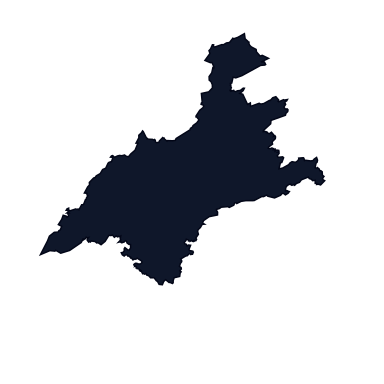 Swinford Lea-4, Mayo, Ireland (Equal Earth projection), rotated 314°
{"feature_id": "5873133B98662462343086", "entity_name": "Swinford Lea-4", "entity_type": "district", "adm_level": 2, "iso_a3": "IRL", "parent_name": "Ireland", "parent_adm1": "Mayo", "projection": "equal_earth", "projection_center": [-8.887, 53.889], "detail": "fine", "context": "isolated", "style": "filled", "palette": "ink", "viewbox_px": 384, "rotation_deg": 314, "n_neighbors": 0, "source": "geoboundaries", "source_scale": "gbopen_adm2", "svg_char_len": 6095}
<svg xmlns="http://www.w3.org/2000/svg" viewBox="0 0 384 384"><g transform="rotate(314 192 192)"><path d="M286.4,279.6L292.3,279.6L291.8,277.8L292.6,276.4L294.9,276.1L294.7,274.1L297.0,271.6L296.8,269.9L296.1,269.1L296.9,267.5L296.7,265.2L295.6,265.1L295.0,263.7L298.9,261.2L300.3,261.3L302.1,260.2L303.4,257.6L300.5,257.0L298.9,257.3L296.9,255.9L293.7,251.6L292.7,251.1L294.0,249.1L294.0,248.3L290.5,245.2L289.9,246.0L287.7,246.4L285.2,245.8L283.3,242.9L280.9,242.3L278.9,242.6L272.0,240.5L269.1,238.4L274.4,235.3L275.6,236.1L280.3,234.1L280.3,232.8L276.8,229.9L277.2,228.2L280.3,227.8L280.9,227.0L280.3,226.2L281.4,226.6L282.2,225.5L281.0,223.8L279.1,223.4L280.6,222.1L279.4,221.4L279.7,221.0L279.2,220.9L279.8,220.5L279.2,218.9L277.6,218.2L276.4,216.6L277.6,215.8L282.4,216.7L283.7,214.8L288.2,214.9L289.7,213.8L290.1,212.6L288.8,212.0L289.8,211.7L290.2,207.6L287.8,207.2L286.8,205.1L287.2,204.7L286.4,204.2L286.9,203.5L285.9,201.9L284.9,201.4L285.7,200.6L295.7,201.2L298.4,199.1L312.1,205.9L313.8,204.9L316.3,205.0L317.8,204.0L317.9,202.7L316.5,201.6L316.9,199.1L320.1,198.5L320.5,197.5L320.0,197.0L321.9,196.3L323.2,196.8L324.8,196.4L322.3,194.6L322.0,193.7L317.2,191.8L317.0,191.0L318.4,190.4L318.8,186.1L315.9,184.6L312.2,184.7L311.8,184.1L305.5,182.2L303.0,180.4L302.5,178.7L294.3,174.7L296.6,172.1L293.6,171.1L297.6,160.6L296.1,157.9L300.4,158.4L303.0,157.6L302.3,156.7L298.6,156.2L296.3,154.3L294.5,153.7L293.8,152.3L294.1,151.4L291.8,150.2L292.2,149.8L291.4,149.4L291.4,148.9L294.4,147.8L294.7,146.7L295.4,146.3L295.4,145.4L296.5,145.0L296.8,144.2L298.0,144.9L303.1,141.8L304.5,144.2L310.4,147.1L330.7,153.4L333.9,156.2L334.9,156.4L335.8,153.9L334.1,152.2L334.1,151.6L341.3,154.2L339.1,147.6L337.1,146.6L337.6,141.0L339.1,139.1L337.6,133.9L337.6,131.6L338.6,129.2L339.2,129.0L338.9,128.7L339.2,127.8L339.1,123.8L342.3,119.7L335.0,117.5L330.9,115.4L331.0,114.6L325.6,115.1L323.1,113.2L319.7,112.3L318.8,111.1L312.0,107.6L311.6,106.3L312.9,105.3L312.1,104.4L307.7,106.0L305.5,106.0L304.1,108.7L295.6,109.9L297.8,115.4L299.0,116.4L297.2,121.1L296.3,121.6L296.0,120.6L291.5,123.4L286.9,124.1L284.4,126.7L284.6,129.1L283.3,132.1L281.0,134.4L275.7,134.5L269.4,130.3L263.4,137.3L262.7,136.9L261.4,137.6L262.3,139.8L262.0,140.8L260.2,141.3L256.2,140.8L249.5,142.1L248.8,142.7L249.2,143.2L248.8,146.9L245.0,147.4L240.5,146.6L239.3,147.2L236.7,146.7L235.4,147.4L219.4,143.4L217.6,144.2L215.5,142.6L211.9,138.6L211.2,138.7L211.0,135.5L211.4,134.2L210.6,133.8L210.7,133.1L206.0,133.1L204.7,133.7L202.7,132.0L202.5,131.2L203.7,129.6L203.8,128.6L202.7,128.3L202.5,127.1L198.9,123.0L199.5,122.7L199.3,121.4L201.6,114.9L201.6,114.0L199.5,114.5L195.9,114.3L194.1,116.1L188.3,117.8L189.6,119.2L182.5,122.0L176.9,121.5L173.1,121.8L171.9,119.5L171.8,117.8L169.3,116.3L168.0,114.5L166.1,113.3L163.2,112.2L163.1,109.6L162.0,109.0L160.5,109.2L161.7,110.6L161.3,111.4L158.0,113.0L155.7,111.7L154.4,111.6L149.2,113.4L146.1,112.1L141.5,113.2L137.1,111.9L135.4,112.3L133.7,111.5L127.6,111.5L125.8,113.4L123.2,113.4L116.5,115.3L118.1,117.3L117.0,118.5L117.0,119.6L114.1,120.3L113.2,121.1L112.4,120.7L107.6,122.7L106.2,121.5L100.7,123.0L100.6,121.8L99.6,121.5L99.0,120.1L93.5,117.2L93.6,115.6L94.7,114.5L93.0,113.8L91.5,114.2L92.6,115.4L92.2,116.6L90.3,116.6L91.1,117.1L91.4,118.2L90.2,117.6L89.4,119.4L88.6,119.9L87.1,119.6L87.3,118.4L85.8,115.5L81.8,117.3L75.7,118.5L76.8,122.1L73.2,123.6L71.8,123.1L70.1,123.5L67.3,120.9L61.2,120.1L56.3,122.1L41.7,126.5L51.1,130.5L54.3,134.5L55.4,134.4L56.8,140.1L65.0,144.6L78.7,147.4L80.6,146.8L82.4,147.2L81.7,146.5L82.7,146.2L84.2,147.7L86.0,147.3L86.5,148.7L87.3,149.2L85.2,149.4L84.5,150.2L84.2,152.5L85.3,152.7L85.4,153.6L86.8,153.6L89.1,156.8L89.1,158.8L90.3,159.7L90.9,163.2L96.1,163.8L103.1,162.3L104.4,164.0L105.8,164.6L105.5,167.6L107.8,168.0L107.9,169.5L109.0,169.8L109.1,170.7L110.9,171.3L108.4,172.9L108.0,174.0L104.8,174.0L106.9,175.3L106.4,175.9L106.7,176.8L109.1,178.0L110.7,177.9L111.1,179.2L110.2,180.7L110.5,183.0L111.5,184.3L109.1,186.7L106.6,187.1L105.8,186.3L105.4,182.4L104.2,182.6L102.6,184.1L101.0,184.4L99.2,183.3L98.4,185.5L98.8,187.7L100.4,187.8L101.8,188.9L101.3,190.3L102.0,190.9L102.1,192.6L102.5,193.0L101.9,193.8L102.5,194.5L102.1,196.7L104.1,197.4L104.6,198.3L106.3,198.5L107.4,204.0L106.2,205.1L104.2,204.8L103.3,204.3L103.5,203.8L102.3,202.8L102.5,202.0L101.4,200.8L99.5,200.5L99.1,201.1L99.3,202.4L98.9,202.5L99.3,202.7L99.2,203.5L98.8,203.6L99.4,203.7L98.6,204.6L99.0,204.9L98.7,205.8L99.5,206.5L99.8,208.5L99.4,208.6L99.7,209.2L99.2,209.0L99.1,209.8L99.8,210.6L98.9,213.3L99.8,214.0L100.0,215.0L101.3,215.4L100.8,217.2L101.7,219.0L101.5,221.8L104.0,224.3L103.4,227.9L103.7,229.5L102.7,232.5L104.7,235.1L108.0,233.8L110.6,233.9L111.0,238.4L111.6,238.8L112.6,241.5L113.6,241.5L115.1,240.1L117.9,238.7L122.7,241.8L125.4,239.8L127.0,239.6L126.8,237.9L129.2,237.8L130.1,236.6L129.7,234.7L132.4,233.3L134.7,233.0L135.5,232.2L135.9,230.4L141.8,232.0L142.7,232.8L145.9,232.9L146.6,234.1L146.2,234.5L147.6,235.6L149.6,234.8L150.0,233.7L148.3,231.0L148.4,229.8L152.7,228.0L151.4,226.3L150.1,226.3L149.6,225.5L150.2,225.2L150.4,223.9L149.7,222.9L150.4,221.4L152.8,221.4L154.1,220.7L155.0,222.8L154.4,223.5L155.6,224.6L155.3,224.9L156.8,225.3L156.8,226.3L157.9,226.8L157.1,227.0L157.5,227.6L159.1,228.0L159.6,228.6L161.1,228.2L161.6,226.7L166.0,226.0L167.5,223.5L169.0,222.6L172.3,222.7L175.8,221.8L177.5,223.3L177.1,221.5L177.4,220.9L179.5,220.2L186.2,221.5L193.2,226.3L195.3,224.4L195.9,222.1L196.5,221.7L199.1,223.2L201.4,223.6L206.4,228.0L206.8,229.5L211.5,231.2L213.8,230.3L215.0,231.2L214.8,232.2L219.5,233.9L223.0,236.6L228.9,242.6L237.1,245.3L238.4,246.7L241.7,247.9L241.6,249.4L245.1,255.5L251.2,258.0L253.6,257.8L254.6,258.9L254.8,261.2L257.9,262.0L259.9,261.7L259.0,260.5L259.3,260.2L258.9,259.3L257.7,258.6L260.1,256.5L261.8,256.0L264.6,256.4L266.3,257.6L265.9,258.3L266.2,259.2L268.4,260.1L267.9,261.0L268.4,261.2L270.7,261.2L273.6,262.6L276.7,262.2L283.6,265.3L283.1,267.0L284.1,269.1L283.9,270.8L286.0,272.5L283.8,274.6L284.8,275.7L284.0,276.4L285.3,277.4L286.4,279.6Z" fill="#0f172a" stroke="#020617" stroke-width="1.5"/></g></svg>